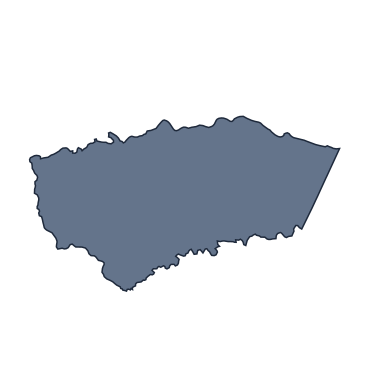 outline of Caseara, Tocantins, Brazil, rotated 75°
{"feature_id": "56859067B59915078137369", "entity_name": "Caseara", "entity_type": "district", "adm_level": 2, "iso_a3": "BRA", "parent_name": "Brazil", "parent_adm1": "Tocantins", "projection": "orthographic", "projection_center": [-49.844, -9.372], "detail": "fine", "context": "isolated", "style": "filled", "palette": "slate", "viewbox_px": 384, "rotation_deg": 75, "n_neighbors": 0, "source": "geoboundaries", "source_scale": "gbopen_adm2", "svg_char_len": 4324}
<svg xmlns="http://www.w3.org/2000/svg" viewBox="0 0 384 384"><g transform="rotate(75 192 192)"><path d="M182.4,49.3L182.8,51.6L180.1,56.9L178.2,60.3L173.3,67.2L171.0,70.3L165.8,79.8L164.4,81.2L162.8,82.3L160.8,83.1L159.5,84.6L159.5,86.5L159.8,88.0L161.1,88.7L161.8,90.4L161.7,92.6L160.6,94.6L158.3,97.0L154.6,99.6L152.3,100.7L150.8,102.4L146.1,106.2L143.2,107.9L141.9,109.4L140.0,113.1L138.2,116.0L136.2,118.5L135.1,119.9L132.2,122.9L131.5,126.3L131.6,128.8L132.3,132.1L133.5,133.6L134.2,135.1L133.6,136.8L132.2,138.1L130.9,139.3L130.0,140.5L128.8,142.4L128.1,144.4L127.8,147.0L128.2,148.8L129.0,150.0L132.2,152.8L133.4,154.6L133.8,156.1L134.0,159.1L132.4,161.9L130.7,164.2L129.4,167.4L129.9,171.1L129.4,175.6L129.5,179.0L127.9,181.2L127.2,183.2L127.3,184.7L127.8,186.8L128.6,188.9L128.8,191.0L128.1,192.7L126.4,193.7L120.1,195.8L118.1,196.9L116.7,198.1L115.3,200.2L115.4,201.7L116.6,203.8L118.9,207.2L121.3,210.2L121.9,215.7L121.5,219.5L123.9,221.6L123.9,223.5L124.7,225.4L124.4,228.1L124.8,230.6L124.1,233.1L122.6,235.7L122.6,237.3L123.2,239.0L125.2,242.3L126.4,243.8L126.8,245.6L125.1,246.5L124.1,248.2L120.7,249.2L118.2,250.6L115.1,253.5L113.2,255.5L113.4,257.3L115.2,257.5L117.2,258.3L118.6,256.2L120.1,255.5L121.7,254.5L123.6,254.9L124.5,257.7L123.3,260.6L121.7,262.2L121.2,264.2L120.5,266.2L118.2,270.6L116.0,270.8L116.0,272.5L118.4,272.7L119.2,275.3L118.7,277.5L119.3,280.1L121.3,281.8L122.1,283.5L122.3,284.9L123.0,286.2L123.7,287.5L122.0,287.8L119.8,290.3L120.9,291.6L122.2,292.2L123.7,293.0L124.3,294.9L123.5,297.2L121.4,296.6L121.3,299.0L117.7,301.0L116.8,302.2L116.2,305.4L117.1,308.1L118.0,309.4L119.3,313.8L119.8,316.1L119.9,318.4L121.2,322.0L120.7,326.3L120.7,329.7L118.6,329.3L117.4,330.4L116.4,332.8L116.2,334.9L117.1,339.2L118.7,340.5L120.8,340.7L122.6,339.3L125.3,339.6L127.9,340.2L130.0,339.5L132.9,339.1L134.3,338.4L135.8,337.5L137.8,337.3L140.4,338.8L141.4,341.0L143.7,341.6L145.1,341.5L146.7,342.1L148.6,343.3L150.3,343.8L152.4,344.5L154.7,342.2L157.9,341.6L159.8,342.0L162.6,343.4L164.7,344.2L165.9,345.3L167.9,345.8L169.2,344.5L171.0,344.2L172.6,345.5L175.4,345.6L176.8,343.7L179.5,343.6L183.1,343.8L184.9,343.8L188.3,343.9L190.0,343.1L191.3,342.1L195.1,337.8L201.4,335.4L204.4,335.1L205.9,335.5L208.0,336.5L209.9,337.2L212.4,336.4L212.7,332.0L213.9,330.1L214.2,328.2L213.7,326.0L211.3,323.3L211.3,321.2L213.8,319.5L215.0,318.5L216.7,312.6L218.6,309.4L221.8,307.8L225.0,307.5L227.3,306.0L228.4,302.8L230.0,301.6L233.8,300.1L234.7,298.4L235.9,296.5L237.5,295.3L239.2,295.6L240.9,297.1L242.7,298.3L246.2,299.7L248.7,298.8L251.0,298.7L253.9,296.8L256.3,293.8L258.2,291.8L260.6,290.2L262.5,288.8L265.0,285.9L266.8,285.8L267.5,284.5L268.9,284.2L269.9,282.2L270.8,280.9L269.3,279.8L269.5,278.3L270.6,276.9L269.5,276.0L270.8,274.7L268.9,274.4L268.3,272.5L268.1,270.9L266.1,270.2L265.2,268.6L265.7,264.4L264.5,261.9L265.0,260.6L264.7,259.2L263.3,258.6L262.1,256.5L261.5,255.0L260.9,253.6L261.7,251.8L261.3,250.3L260.0,249.2L258.7,250.1L257.3,250.9L256.1,249.2L256.7,247.4L257.0,245.8L255.8,244.6L255.3,243.2L256.6,241.7L255.9,238.6L257.0,237.5L258.6,237.5L259.8,236.1L259.2,233.6L257.5,232.6L256.5,231.0L257.2,228.1L259.1,227.2L258.7,224.9L257.3,223.6L255.3,222.8L253.7,221.9L251.6,223.1L249.9,224.4L249.0,223.1L248.4,221.2L249.9,219.4L251.8,216.6L251.8,215.0L250.1,213.8L249.9,211.7L248.2,210.4L247.4,209.1L247.1,207.6L250.5,206.6L252.7,206.1L253.1,203.3L249.9,201.6L249.8,199.0L253.7,197.2L250.5,193.9L250.6,192.4L252.7,191.6L254.3,190.5L256.5,190.0L258.3,189.4L259.2,187.0L258.9,185.0L256.6,183.0L255.1,183.1L252.7,184.3L251.6,181.3L251.6,179.5L249.3,180.7L245.9,180.2L247.2,177.6L247.2,175.7L247.5,173.8L249.2,170.0L249.6,168.5L250.6,165.3L251.6,163.8L252.0,162.4L249.5,162.2L250.6,159.3L250.1,157.5L251.8,156.1L253.7,155.6L256.2,155.6L257.6,153.9L253.0,151.2L250.1,147.9L250.1,145.5L249.3,143.7L249.1,141.7L250.4,141.0L251.9,138.2L253.4,137.2L254.5,133.3L256.8,131.7L257.7,130.2L258.1,128.5L258.2,126.1L258.8,123.0L256.2,122.0L255.1,121.2L254.2,119.8L254.0,117.1L255.0,116.1L259.2,114.1L260.4,112.6L259.9,110.2L260.3,106.9L259.0,105.9L256.3,103.7L254.0,103.4L251.2,100.4L251.8,98.6L254.2,97.5L256.2,95.6L238.9,80.5L231.4,74.2L228.6,71.8L223.0,67.2L213.0,58.9L211.5,57.6L188.2,38.2L187.7,41.4L186.4,44.3L185.1,45.7L183.7,47.8L182.4,49.3Z" fill="#64748b" stroke="#1e293b" stroke-width="1.5"/></g></svg>